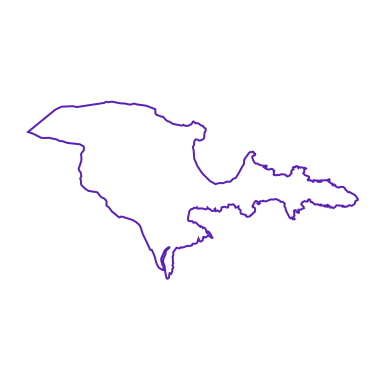 Village, Saint Lucia, rotated 2°
{"feature_id": "8701671B40321186165087", "entity_name": "Village", "entity_type": "district", "adm_level": 2, "iso_a3": "LCA", "parent_name": "Saint Lucia", "parent_adm1": "", "projection": "albers", "projection_center": [-60.893, 13.818], "detail": "fine", "context": "isolated", "style": "outline", "palette": "violet", "viewbox_px": 384, "rotation_deg": 2, "n_neighbors": 0, "source": "geoboundaries", "source_scale": "gbopen_adm2", "svg_char_len": 6115}
<svg xmlns="http://www.w3.org/2000/svg" viewBox="0 0 384 384"><g transform="rotate(2 192 192)"><path d="M120.1,220.0L121.8,219.1L123.3,219.1L133.7,222.1L137.6,224.3L140.6,226.8L141.8,228.8L144.2,235.5L151.1,248.8L152.0,251.1L151.6,251.3L153.7,251.1L155.4,254.3L156.9,257.8L158.6,263.4L159.7,265.9L161.5,268.9L165.5,271.0L166.0,271.0L166.2,268.6L165.9,267.0L165.1,266.3L163.6,261.5L163.6,259.4L166.9,251.2L170.2,248.2L170.9,247.9L171.3,248.2L171.0,248.9L169.1,250.5L168.0,252.0L167.5,255.7L166.2,258.4L165.5,261.5L165.7,263.3L167.3,267.5L168.0,272.5L169.2,277.8L169.7,279.1L170.7,279.5L171.6,278.9L172.1,277.5L172.3,274.0L172.5,273.8L174.1,274.5L175.1,271.8L174.9,270.0L175.9,268.3L175.9,267.7L175.0,265.9L175.8,263.8L175.3,262.8L175.3,259.6L174.8,257.7L175.5,256.3L175.4,252.7L178.5,248.2L181.4,248.8L182.7,247.6L183.8,248.0L186.6,247.1L189.3,245.9L190.5,246.2L193.2,245.6L194.0,245.1L194.1,244.1L194.6,243.7L197.4,243.5L199.0,242.5L200.1,238.3L201.5,240.9L202.8,241.2L204.3,240.0L204.7,237.0L205.1,236.4L205.5,236.4L206.2,237.0L207.6,236.8L209.9,234.5L211.0,235.8L212.0,235.7L212.7,236.9L213.8,237.2L214.0,236.8L212.5,235.3L212.6,234.3L210.2,231.2L209.2,230.9L209.1,232.6L208.6,232.6L207.7,231.4L207.1,228.9L206.1,227.6L204.3,226.9L204.0,227.4L203.6,226.7L202.0,225.9L201.9,226.5L201.6,226.6L196.9,222.4L195.9,222.2L195.1,222.7L194.0,222.3L193.8,221.6L193.3,221.2L190.3,221.2L189.2,220.6L188.8,218.8L190.1,211.2L191.5,209.3L193.6,208.7L194.5,207.7L196.0,207.9L197.0,207.2L197.9,207.2L198.1,208.3L198.5,208.5L202.4,208.0L206.6,208.9L207.8,208.1L208.0,207.0L209.1,208.1L210.7,208.7L212.2,210.0L213.1,210.2L214.9,209.9L215.3,209.1L215.2,208.2L215.7,207.8L216.4,210.2L218.1,209.6L220.1,210.7L221.3,209.7L222.0,208.6L222.0,206.7L222.3,206.2L225.4,205.6L227.3,206.3L228.3,206.3L228.7,205.9L228.9,203.4L232.1,203.3L233.6,202.8L235.2,204.1L235.3,204.9L236.0,205.4L236.1,206.1L237.6,205.7L238.9,204.7L239.3,207.3L241.2,208.4L241.2,210.7L241.7,212.0L246.7,213.2L247.0,214.4L248.6,214.9L250.8,214.2L251.2,213.4L251.9,213.2L252.3,212.4L253.1,212.1L253.7,210.9L255.4,209.8L255.8,207.8L255.4,206.0L254.2,205.0L253.3,205.0L252.9,204.2L254.5,200.7L255.9,198.7L256.8,198.8L257.5,199.3L257.8,199.9L257.8,201.3L259.1,201.9L260.0,201.1L259.0,200.4L260.0,199.0L262.1,198.9L263.4,198.2L264.2,198.7L266.4,198.7L270.9,196.7L274.2,196.7L275.9,196.0L280.0,197.7L280.9,198.7L283.1,198.6L285.2,200.5L284.8,201.9L284.9,203.2L286.0,204.8L286.4,206.8L290.1,213.6L291.2,214.8L292.3,214.1L292.8,214.4L293.6,215.7L294.9,215.7L295.5,215.4L293.7,214.0L295.3,212.2L294.8,210.2L295.2,209.3L294.5,207.8L294.7,207.0L296.1,206.5L298.1,208.9L299.4,209.1L299.7,208.1L299.0,206.8L299.0,206.0L301.9,205.7L302.7,204.9L304.4,204.3L304.2,203.1L301.7,200.6L301.7,199.9L302.4,198.7L304.7,197.2L306.8,197.6L307.8,197.4L308.2,196.7L308.1,196.1L309.2,195.2L309.8,195.3L310.4,195.8L310.7,197.3L311.2,198.0L312.3,197.9L315.4,200.2L317.1,199.9L318.0,200.2L318.9,200.0L320.2,200.9L321.3,201.1L321.6,200.9L321.1,200.2L321.3,200.0L322.5,200.8L323.7,201.0L325.6,202.0L326.0,201.8L325.9,201.2L328.3,202.2L328.6,201.5L327.4,200.3L327.9,200.1L330.1,201.3L330.7,202.8L332.6,202.3L333.6,203.2L335.6,202.1L336.5,200.6L337.6,200.2L340.5,200.5L343.2,200.4L343.4,200.5L342.6,201.1L342.7,201.4L344.3,201.2L344.8,201.6L348.0,201.0L349.4,199.7L352.1,200.3L354.9,198.3L355.8,195.1L357.9,194.3L358.0,193.3L355.3,189.6L349.4,186.6L348.7,186.4L348.2,186.8L345.3,184.3L344.5,182.7L343.0,181.8L340.7,181.6L338.6,182.4L337.6,182.4L335.1,181.2L335.1,180.3L333.7,179.5L333.0,179.8L332.7,180.5L332.3,180.3L331.9,179.9L331.8,178.7L330.4,178.3L328.8,177.2L329.1,175.0L328.8,174.5L327.9,174.7L327.9,175.9L327.6,176.3L325.7,175.4L323.5,175.8L320.9,175.8L320.5,175.9L321.0,176.7L320.9,177.2L319.0,177.5L317.6,177.3L318.3,176.4L317.6,176.1L316.2,176.4L313.6,175.8L312.5,176.6L313.1,177.2L313.1,177.5L312.6,177.6L310.0,176.0L308.0,176.5L307.4,176.1L307.4,175.3L308.5,174.1L308.6,173.1L307.7,172.3L304.1,171.1L302.6,169.5L302.7,168.9L303.5,168.1L303.4,165.6L305.2,164.7L304.5,163.9L303.0,164.1L300.3,163.5L299.5,163.9L298.0,163.2L297.4,164.3L296.5,162.7L295.7,162.5L295.1,162.5L294.3,163.6L292.7,163.4L292.1,164.0L292.6,165.8L291.4,166.2L291.2,167.1L290.4,168.0L290.8,169.8L290.6,170.3L289.8,170.8L289.1,172.1L287.1,173.0L286.0,172.9L285.1,171.7L283.4,171.2L280.3,171.2L278.6,172.1L276.7,171.8L275.6,172.4L273.3,172.1L272.9,171.7L273.4,170.4L272.9,168.8L273.5,168.3L273.4,167.9L272.0,166.5L270.4,166.0L268.2,166.9L265.4,166.4L263.4,165.0L265.6,164.3L265.8,163.6L265.3,163.0L263.5,163.3L259.7,162.9L258.0,162.3L256.5,161.3L254.8,161.4L253.4,160.4L251.9,157.9L250.9,154.8L251.7,153.8L253.7,152.9L253.9,151.9L253.5,151.4L252.4,151.1L252.1,149.9L251.3,149.5L249.8,150.1L248.7,150.1L247.8,150.7L244.1,156.2L243.0,158.3L242.8,162.6L241.6,164.3L238.1,171.4L235.3,176.3L232.4,177.6L230.2,180.1L229.5,180.5L226.6,180.4L222.5,182.1L219.0,182.1L215.2,183.3L209.7,180.5L201.5,172.9L196.6,166.1L193.1,158.7L192.2,150.4L191.3,147.1L192.4,144.7L192.4,142.4L192.7,141.0L193.6,139.5L194.1,139.3L195.0,139.3L197.6,140.4L199.5,139.9L201.8,138.4L202.3,137.5L202.4,132.7L203.6,130.0L203.4,128.1L201.5,127.0L200.7,125.6L198.5,125.1L196.1,123.3L194.8,123.0L193.0,123.2L191.1,121.4L190.5,121.7L189.0,124.4L187.6,124.8L186.2,125.9L183.3,126.2L181.0,125.1L180.3,125.8L179.2,126.0L170.6,124.6L166.9,122.5L164.7,121.9L162.6,120.2L160.6,117.8L159.0,117.8L153.8,116.1L152.7,114.7L152.4,110.5L143.0,107.3L134.6,106.5L131.4,105.8L130.2,105.8L127.6,106.8L126.2,106.7L121.6,105.9L117.5,105.9L108.8,104.5L105.1,105.2L103.6,104.8L102.3,105.2L101.2,106.0L74.0,111.1L69.8,110.4L58.6,111.3L52.6,114.4L26.0,137.7L31.0,139.2L39.1,143.0L41.7,143.3L46.9,142.8L54.8,144.2L58.4,145.8L60.7,145.7L65.6,147.3L78.2,148.2L81.9,150.1L82.5,151.6L82.5,153.2L82.1,154.6L80.4,156.7L79.8,158.1L80.4,162.9L80.2,165.2L77.9,172.7L78.5,174.6L79.8,175.9L80.5,178.2L80.8,180.5L80.0,181.8L79.9,182.6L80.7,184.9L80.7,187.2L81.2,188.8L85.0,192.4L87.9,194.2L89.0,194.6L96.9,195.5L97.9,196.0L100.3,199.3L101.9,200.5L104.7,201.7L106.0,203.0L107.0,204.8L106.9,207.9L107.4,208.9L109.4,210.2L112.5,214.1L120.1,220.0Z" fill="none" stroke="#5b21b6" stroke-width="2"/></g></svg>